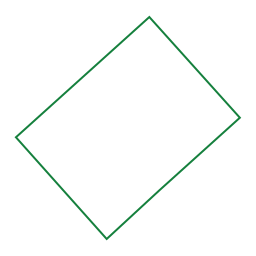 outline of Hardee, Florida, United States of America, rotated 318°
{"feature_id": "52423323B36790328551153", "entity_name": "Hardee", "entity_type": "district", "adm_level": 2, "iso_a3": "USA", "parent_name": "United States of America", "parent_adm1": "Florida", "projection": "natural_earth1", "projection_center": [-81.777, 27.492], "detail": "fine", "context": "isolated", "style": "outline", "palette": "green", "viewbox_px": 256, "rotation_deg": 318, "n_neighbors": 0, "source": "geoboundaries", "source_scale": "gbopen_adm2", "svg_char_len": 234}
<svg xmlns="http://www.w3.org/2000/svg" viewBox="0 0 256 256"><g transform="rotate(318 128 128)"><path d="M218.0,195.2L218.1,59.8L38.5,59.9L37.9,196.2L110.0,195.3L218.0,195.2Z" fill="none" stroke="#15803d" stroke-width="2"/></g></svg>